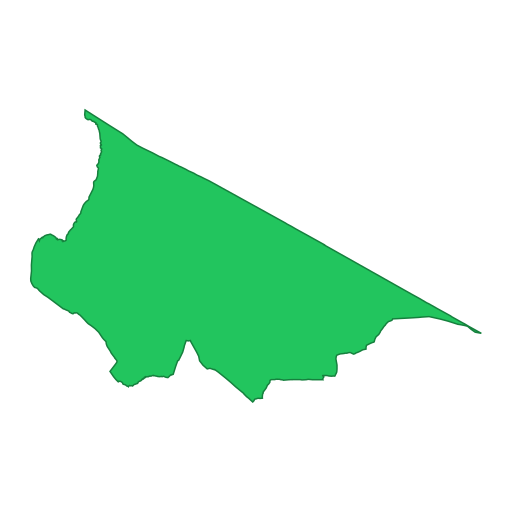 outline of Longido, Arusha, United Republic of Tanzania
{"feature_id": "72390352B95731720096997", "entity_name": "Longido", "entity_type": "district", "adm_level": 2, "iso_a3": "TZA", "parent_name": "United Republic of Tanzania", "parent_adm1": "Arusha", "projection": "orthographic", "projection_center": [36.6, -2.642], "detail": "fine", "context": "isolated", "style": "filled", "palette": "green", "viewbox_px": 512, "rotation_deg": 0, "n_neighbors": 0, "source": "geoboundaries", "source_scale": "gbopen_adm2", "svg_char_len": 5898}
<svg xmlns="http://www.w3.org/2000/svg" viewBox="0 0 512 512"><path d="M322.9,379.7L322.7,379.3L322.6,378.9L323.7,377.2L323.8,376.7L323.7,376.5L322.7,375.8L322.7,375.6L322.8,375.5L326.5,375.5L327.4,375.6L328.9,376.0L331.6,376.2L333.2,376.0L334.8,376.1L336.6,372.5L336.8,371.4L337.0,369.0L337.0,365.1L335.9,358.9L336.2,356.7L336.7,355.3L336.8,355.2L339.0,354.3L340.2,353.9L344.1,353.5L344.9,353.2L346.3,353.2L347.2,353.1L347.9,352.8L349.8,352.5L350.7,352.7L352.7,353.7L353.6,354.1L354.9,353.7L356.1,352.9L357.8,352.3L359.8,351.4L362.7,349.8L366.0,349.1L366.0,347.4L366.3,346.0L366.5,345.3L370.3,343.4L372.2,342.6L373.8,342.1L374.2,341.8L374.8,339.4L375.9,337.1L376.4,336.5L378.6,334.6L379.2,333.8L380.3,331.9L380.6,331.0L382.3,328.9L384.0,326.4L385.3,325.1L386.2,323.7L388.5,321.5L389.7,321.2L391.7,320.4L392.3,319.8L392.6,318.9L412.5,317.8L418.8,317.4L421.5,317.1L429.1,316.6L440.4,319.1L447.5,321.0L450.4,321.9L457.9,324.3L460.6,324.7L465.1,325.6L467.6,326.3L471.1,329.3L475.2,332.2L481.3,333.3L468.8,326.4L464.5,323.8L462.9,323.0L451.8,316.8L450.6,315.9L437.3,308.6L428.7,303.7L426.5,302.7L420.0,298.8L411.1,293.9L324.1,244.9L324.3,244.7L306.1,234.6L295.9,229.0L291.3,226.3L287.1,224.1L285.4,223.0L209.0,180.8L204.2,178.5L200.9,176.8L196.8,175.0L193.8,173.2L188.4,170.8L185.8,169.3L180.7,166.8L179.1,166.2L177.4,165.2L175.8,164.5L170.0,161.5L161.9,157.5L159.1,156.4L152.6,152.9L142.8,148.2L136.9,145.1L132.0,141.4L122.9,133.9L109.8,125.7L85.1,110.0L84.7,114.9L85.2,116.9L85.2,117.6L86.2,118.6L87.5,119.5L88.1,119.7L89.7,119.4L90.2,119.5L90.9,119.8L92.3,121.2L93.8,121.4L94.2,122.0L95.8,122.6L96.0,123.2L95.7,123.8L95.8,124.1L96.1,124.3L97.2,124.4L97.5,124.7L97.4,125.9L98.2,127.6L98.5,128.9L99.2,130.4L99.3,131.3L99.8,133.4L100.2,138.8L100.5,139.8L101.1,141.2L101.1,141.9L100.7,142.3L100.4,142.9L100.5,143.7L100.9,144.3L101.3,144.4L101.4,145.1L101.1,145.3L100.9,145.1L100.4,145.5L100.4,145.9L100.6,147.1L100.4,147.8L100.5,148.0L101.5,148.5L101.7,148.8L101.7,149.1L101.2,150.0L101.1,150.7L101.6,151.8L100.5,154.0L100.5,154.4L100.7,154.9L100.4,155.3L99.9,155.4L99.4,156.1L99.9,157.4L99.4,158.2L99.4,158.8L98.8,159.8L98.9,161.7L98.7,162.7L98.0,164.0L97.1,164.9L96.8,165.5L97.4,167.0L98.2,167.7L98.4,168.1L98.4,168.8L97.8,171.4L97.8,172.6L97.5,176.2L96.1,179.8L94.4,181.1L94.0,181.5L93.7,182.1L93.6,182.7L93.8,185.6L93.5,187.4L92.9,189.4L89.0,197.1L88.9,199.2L88.4,200.0L86.3,201.5L85.0,202.9L84.2,203.9L83.3,205.3L80.9,211.7L80.8,212.7L80.6,213.5L79.3,214.8L79.0,215.5L77.6,217.5L76.5,218.7L76.2,219.6L76.6,221.4L76.6,221.8L76.4,222.0L75.5,221.9L74.9,222.2L74.4,222.8L73.8,223.8L73.4,224.9L73.5,226.8L70.8,229.7L70.5,229.8L69.9,230.7L69.2,231.4L68.5,232.4L68.5,232.8L68.0,234.0L67.1,234.8L66.3,237.0L66.1,238.9L66.2,240.0L66.0,240.3L65.5,240.7L63.4,241.4L63.5,241.0L63.4,240.8L63.1,240.7L62.9,240.8L62.7,240.6L62.5,241.0L62.3,241.0L62.2,240.9L62.3,240.1L61.8,239.7L61.3,239.7L60.1,239.4L59.5,239.4L59.0,239.3L57.8,239.8L57.5,239.8L57.1,239.5L57.3,238.9L57.2,238.5L56.9,238.5L56.6,238.7L56.3,238.7L56.0,237.8L55.7,237.4L54.3,236.3L53.0,235.5L51.3,234.7L50.7,234.2L49.6,234.3L48.3,234.7L46.9,234.9L45.7,235.4L45.2,235.5L44.6,235.9L43.2,237.0L42.9,237.7L42.7,237.8L42.2,237.3L40.2,239.0L39.7,239.6L39.4,240.8L39.3,240.6L39.1,239.5L38.9,239.0L38.5,238.8L36.0,242.8L34.2,246.8L33.2,249.9L32.4,251.5L32.2,252.1L32.0,253.0L32.1,256.6L31.4,264.9L31.5,271.0L30.7,278.6L30.8,280.5L30.9,281.2L31.9,283.6L33.3,286.0L34.6,287.4L36.5,287.9L36.9,288.1L38.4,289.4L38.9,290.2L39.9,291.2L43.7,294.6L47.8,297.2L63.2,308.8L63.7,309.0L64.1,308.9L65.3,309.6L68.2,310.8L68.8,311.1L69.6,312.3L70.5,312.6L71.3,313.2L72.6,313.7L73.2,313.7L73.8,313.3L74.2,312.8L74.5,312.8L75.3,313.0L75.8,312.8L76.6,312.8L77.5,313.2L78.8,314.4L79.8,314.9L82.2,317.3L83.3,318.5L84.5,319.7L85.8,321.2L87.5,323.0L88.5,323.9L91.1,325.6L95.0,328.6L98.7,332.2L102.3,337.6L103.6,339.2L106.0,341.6L106.3,343.9L107.2,346.4L110.2,351.0L111.3,353.2L115.0,358.1L114.9,358.2L116.5,360.1L116.9,360.7L117.0,361.6L116.6,362.6L115.1,364.7L110.0,371.4L113.6,376.7L115.8,379.4L118.2,381.8L118.6,381.3L119.2,381.4L120.2,381.3L120.9,381.6L121.8,382.1L122.6,383.0L122.9,383.9L123.2,384.2L124.8,384.7L125.3,384.7L126.8,386.0L128.2,386.4L128.4,386.7L128.9,386.0L129.6,385.5L130.4,385.8L132.0,385.7L132.6,386.0L134.1,384.5L135.1,384.3L135.6,384.0L136.2,383.9L136.8,383.5L137.4,383.5L137.7,383.2L137.7,382.9L138.0,382.7L138.2,382.1L139.3,381.3L140.7,380.9L141.3,380.2L141.5,380.2L141.9,379.8L141.8,379.6L142.0,379.3L142.7,378.9L142.7,379.1L143.0,379.1L143.0,378.7L143.1,378.9L143.3,378.8L143.2,378.5L143.4,378.4L143.9,378.4L144.1,378.0L144.6,378.0L144.8,377.8L144.6,377.3L144.8,377.2L145.4,377.4L145.5,377.3L145.3,376.8L145.6,376.6L146.1,376.9L146.4,376.7L147.0,376.9L147.8,376.6L148.5,376.7L148.8,376.4L149.0,376.4L149.5,376.1L151.1,376.1L153.0,375.4L153.6,375.4L153.8,375.8L154.6,375.7L155.6,376.0L156.9,376.2L157.7,376.5L159.7,376.7L161.5,376.4L161.9,376.7L162.6,376.6L163.3,376.3L164.2,376.5L164.7,376.8L166.0,377.3L167.9,377.6L169.3,376.3L170.4,375.2L171.1,374.7L171.7,375.0L172.0,374.7L172.9,374.3L173.2,374.3L175.7,366.3L177.7,360.7L178.6,360.4L179.5,358.6L179.7,358.3L182.7,352.1L184.1,347.2L184.3,345.9L186.2,340.5L188.4,340.9L190.4,340.5L190.6,341.3L196.8,352.4L198.7,356.3L199.6,360.8L203.0,365.2L207.2,368.9L209.9,368.3L215.2,370.0L215.2,369.9L218.4,372.2L225.7,378.1L230.8,382.4L235.5,386.7L243.9,393.6L244.2,394.4L245.0,395.0L246.5,396.6L248.6,398.2L252.7,402.0L253.8,400.9L254.5,399.6L255.1,399.0L256.4,398.8L257.3,398.4L258.1,398.3L258.9,398.2L259.4,398.4L260.5,398.4L262.4,398.2L262.3,397.2L262.5,394.7L262.8,393.7L263.2,393.0L263.1,392.2L266.2,388.0L267.4,385.2L268.5,384.2L269.8,382.4L270.0,380.6L270.4,380.0L271.5,379.6L274.7,379.6L276.1,379.2L279.7,379.3L280.8,379.7L282.4,379.8L283.4,380.2L289.2,379.7L293.7,379.6L300.1,379.6L302.0,379.9L306.1,379.7L308.3,379.3L312.2,379.7L322.9,379.7Z" fill="#22c55e" stroke="#15803d" stroke-width="1.5"/></svg>